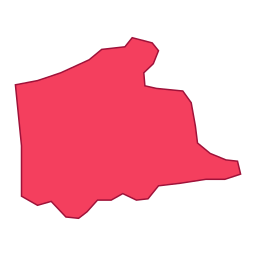 map outline of Mġarr (Mercator projection)
{"feature_id": "MLT-5924", "entity_name": "Mġarr", "entity_type": "state/province", "adm_level": 1, "iso_a3": "MLT", "parent_name": "Malta", "parent_adm1": "", "projection": "mercator", "projection_center": [14.373, 35.916], "detail": "fine", "context": "isolated", "style": "filled", "palette": "rose", "viewbox_px": 256, "rotation_deg": 0, "n_neighbors": 0, "source": "natural_earth", "source_scale": "10m", "svg_char_len": 561}
<svg xmlns="http://www.w3.org/2000/svg" viewBox="0 0 256 256"><path d="M21.5,196.2L21.5,145.8L15.4,84.8L37.5,80.6L60.7,72.8L89.1,59.8L101.7,49.4L124.9,46.8L132.2,37.7L152.2,42.9L158.5,50.7L153.3,63.7L143.8,72.8L144.9,85.8L156.4,88.4L182.8,91.0L191.2,102.7L195.4,126.1L197.5,143.0L210.1,153.4L225.9,159.9L237.5,161.2L240.6,174.1L224.9,179.3L205.9,179.3L180.6,183.2L158.5,185.8L148.0,198.8L136.4,200.1L122.8,193.6L111.2,200.1L97.5,200.1L87.0,211.8L78.6,218.3L65.9,217.0L51.2,201.4L37.5,205.3L21.5,196.2Z" fill="#f43f5e" stroke="#9f1239" stroke-width="1.5"/></svg>